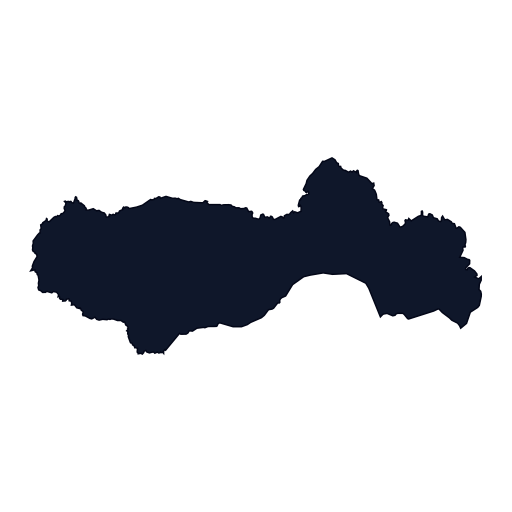 outline of Mucajaí, Roraima, Brazil
{"feature_id": "56859067B90019213864957", "entity_name": "Mucajaí", "entity_type": "district", "adm_level": 2, "iso_a3": "BRA", "parent_name": "Brazil", "parent_adm1": "Roraima", "projection": "natural_earth1", "projection_center": [-62.094, 2.526], "detail": "fine", "context": "isolated", "style": "filled", "palette": "ink", "viewbox_px": 512, "rotation_deg": 0, "n_neighbors": 0, "source": "geoboundaries", "source_scale": "gbopen_adm2", "svg_char_len": 6011}
<svg xmlns="http://www.w3.org/2000/svg" viewBox="0 0 512 512"><path d="M64.5,201.4L66.0,203.1L65.2,206.0L64.3,206.8L64.2,208.5L65.1,210.6L64.0,212.3L62.8,213.5L61.2,213.7L60.0,215.6L58.4,216.0L57.7,215.6L56.3,216.9L55.5,216.5L53.9,217.3L49.2,221.8L48.0,221.6L47.0,220.5L47.2,219.1L46.5,218.6L46.0,220.5L42.8,222.7L43.0,223.4L40.7,224.9L41.2,228.5L40.1,229.9L40.2,232.9L39.4,233.0L37.6,234.9L33.1,241.0L33.3,243.3L32.5,246.0L32.8,247.6L32.5,249.9L33.2,251.4L35.0,252.3L34.9,253.1L36.7,254.4L37.1,256.6L34.0,261.6L32.3,266.2L32.6,267.7L30.7,270.8L34.8,269.8L35.2,271.7L36.9,272.7L37.3,274.6L38.1,275.2L39.0,280.1L38.4,283.2L38.7,285.6L38.0,287.5L38.7,289.9L40.9,290.8L42.6,292.4L45.7,292.3L46.0,291.6L46.9,291.4L51.8,292.8L53.3,291.5L56.7,292.2L58.6,294.7L58.1,296.7L58.9,296.4L59.6,297.1L59.6,298.4L60.4,299.2L62.9,299.5L62.7,301.1L65.4,300.9L66.1,300.3L66.3,299.4L68.5,298.7L69.1,299.2L69.2,300.8L71.0,301.1L71.4,301.8L71.7,303.5L71.4,305.1L74.4,304.7L76.8,307.8L79.4,308.5L79.6,307.8L80.3,307.9L81.4,310.4L82.7,311.1L83.2,312.2L82.6,314.1L83.0,315.6L85.3,315.9L89.9,318.4L91.7,318.9L95.0,317.2L96.7,319.3L99.1,320.1L102.7,319.3L107.0,319.7L108.7,319.0L109.9,319.4L111.6,318.9L113.6,319.1L117.5,320.5L121.0,320.5L123.3,322.2L124.6,321.8L125.8,325.0L127.5,326.2L128.1,327.3L128.3,328.1L127.7,328.3L128.2,329.1L126.7,330.8L127.9,331.5L127.7,333.9L128.5,335.1L128.3,336.7L130.2,342.0L130.6,342.8L132.1,343.2L132.6,344.9L134.0,345.6L134.9,347.8L135.7,347.6L137.5,348.4L137.2,351.7L137.4,352.5L138.1,352.8L138.2,353.8L140.9,353.3L142.3,354.1L143.6,352.7L144.2,351.1L145.8,350.4L146.7,351.9L149.4,352.9L152.4,352.1L153.8,352.1L154.8,353.2L157.3,352.1L158.8,353.0L160.3,352.6L160.6,352.0L161.2,352.6L162.8,352.4L163.0,351.6L165.0,349.6L165.6,350.2L179.5,333.4L180.8,334.2L186.1,334.1L187.8,333.1L189.3,330.8L192.5,331.1L196.9,328.2L203.4,327.4L204.9,327.7L208.0,326.5L216.2,326.4L217.0,326.0L218.1,323.6L219.7,322.8L233.0,326.7L241.5,326.7L247.3,324.6L250.6,322.4L261.4,317.7L264.3,315.3L268.5,309.7L272.0,309.1L273.6,308.2L277.7,302.9L279.2,303.0L279.8,302.4L279.7,300.3L280.4,298.9L281.7,297.7L285.6,296.0L292.6,284.6L303.7,276.7L310.2,275.1L323.2,272.9L332.5,274.3L346.5,273.6L365.8,283.2L368.8,288.2L380.4,316.9L382.9,314.3L384.1,313.9L387.1,313.4L392.8,315.8L395.0,315.3L396.1,313.9L397.7,313.3L402.8,313.3L404.2,314.4L407.6,318.6L408.6,319.0L433.7,311.0L438.1,308.9L439.2,309.2L442.3,312.5L449.5,317.9L451.8,320.2L457.6,323.1L459.6,325.7L460.7,328.2L466.5,323.4L470.3,312.2L477.7,307.4L479.3,305.4L481.2,296.5L481.3,294.1L480.7,291.3L479.0,289.5L479.3,284.3L481.2,280.2L481.2,276.6L479.1,278.5L478.3,278.7L474.7,277.0L477.0,275.4L476.9,274.0L474.5,270.9L470.0,267.7L468.9,267.6L467.9,268.2L467.2,269.8L466.0,269.7L465.6,269.0L465.9,267.7L469.6,263.8L469.7,260.3L469.1,259.6L467.6,259.4L464.2,257.6L459.7,257.3L463.0,250.3L462.7,248.0L463.1,247.0L465.1,247.0L465.4,246.2L464.9,245.0L465.7,242.4L465.9,239.6L464.9,232.4L460.3,227.3L458.9,226.8L456.8,228.3L456.1,228.2L454.4,223.7L452.1,223.3L451.3,221.8L447.5,219.4L444.7,219.8L442.6,216.1L441.6,217.5L441.4,220.7L440.4,221.6L438.5,221.0L437.2,218.8L433.4,217.7L432.3,215.0L430.0,213.8L429.1,213.8L428.6,214.4L427.8,216.9L423.4,216.2L422.6,215.3L422.6,212.0L422.1,211.0L421.4,211.4L421.4,214.7L420.6,215.6L418.4,216.3L411.2,220.9L408.8,218.5L408.3,219.8L407.5,220.2L405.5,219.8L405.0,220.6L405.5,222.6L405.1,224.0L402.7,226.3L400.7,227.1L399.8,226.8L397.5,223.2L394.1,222.2L392.7,222.6L391.6,223.6L391.1,225.1L390.4,225.4L389.8,225.1L389.6,221.8L387.9,218.4L387.7,217.1L388.9,215.4L388.6,213.8L385.7,211.8L385.4,210.9L386.3,210.5L386.4,209.7L382.9,208.9L382.6,207.5L383.1,205.5L381.8,204.3L381.9,202.7L381.3,201.6L379.8,202.3L379.1,202.0L378.6,199.9L377.3,199.9L376.9,199.4L376.3,194.3L375.3,191.8L374.5,190.1L372.3,188.6L374.1,185.6L373.7,183.1L371.9,183.6L366.9,178.2L359.5,175.7L358.7,174.5L358.0,170.6L357.3,170.3L356.3,171.4L356.3,172.5L353.5,170.8L352.0,172.1L350.6,171.1L348.5,172.2L345.3,170.4L343.5,170.2L341.1,168.1L340.6,166.4L339.1,166.5L338.5,165.7L338.3,163.5L336.6,162.7L335.0,159.8L332.0,157.9L324.5,161.4L322.6,161.3L319.1,166.7L315.7,169.4L312.6,173.5L309.9,176.0L307.0,180.3L306.2,183.6L303.4,189.4L303.8,190.4L305.3,191.2L305.8,192.2L306.7,192.5L308.0,191.2L308.6,191.9L308.8,193.8L307.7,194.7L306.5,194.5L305.3,195.5L302.6,196.1L301.9,197.7L300.9,198.4L300.6,199.7L299.7,200.0L298.3,205.2L298.6,206.6L299.3,206.4L299.5,205.3L300.1,205.1L300.5,205.6L301.2,207.7L301.0,211.3L297.6,212.8L294.7,211.8L293.7,212.8L292.7,210.9L290.6,212.7L289.8,213.9L288.8,214.5L286.8,214.4L284.4,215.8L284.1,217.9L283.2,218.0L282.4,217.0L280.9,216.4L275.0,219.5L273.4,219.3L272.3,217.0L271.2,216.3L270.5,216.3L270.0,217.6L269.2,218.0L267.5,216.9L264.8,217.3L263.5,214.4L262.8,214.1L260.8,215.0L260.1,217.9L258.7,219.3L255.2,218.2L253.4,218.3L252.2,217.1L252.0,214.7L252.7,213.0L252.1,211.8L251.6,211.3L248.6,211.6L246.7,208.0L245.5,207.8L244.0,208.5L240.6,208.7L239.0,207.8L235.6,207.8L234.6,206.9L232.2,206.3L231.0,205.0L228.6,204.7L223.6,204.8L221.1,205.4L220.0,204.6L208.7,204.6L206.6,202.0L207.3,201.4L205.7,200.8L205.1,200.7L202.8,202.8L193.6,202.4L190.8,201.4L188.8,202.0L180.3,199.6L178.3,198.3L177.1,198.8L175.4,198.2L172.5,198.3L166.0,196.4L160.4,198.3L159.9,197.0L158.7,196.8L156.0,198.5L154.5,198.4L154.2,199.4L151.9,199.9L150.6,199.5L142.4,205.2L136.6,207.1L130.1,208.4L128.9,208.4L128.4,207.6L126.9,207.0L125.3,207.1L124.9,207.9L123.6,207.1L122.6,208.4L122.8,209.5L119.5,211.0L118.6,213.0L116.0,213.0L115.4,214.6L114.3,214.9L113.1,214.3L111.9,215.2L109.4,214.4L109.0,215.6L109.4,216.5L106.8,217.2L106.1,216.8L105.8,215.0L104.3,213.0L101.5,212.2L99.0,210.4L96.5,210.8L93.3,208.7L88.3,210.2L86.2,210.0L86.1,208.3L84.5,206.6L84.4,205.8L80.9,203.0L80.5,203.6L78.9,202.7L78.8,201.5L78.2,200.6L77.1,200.2L76.5,197.3L75.7,196.8L75.2,197.4L75.2,198.4L73.5,203.1L71.9,202.7L70.9,201.4L70.2,201.4L69.6,202.1L68.4,201.4L66.0,201.8L65.3,201.1L64.5,201.4ZM162.8,352.4L163.6,353.3L163.6,351.2L162.8,352.4Z" fill="#0f172a" stroke="#020617" stroke-width="1.5"/></svg>